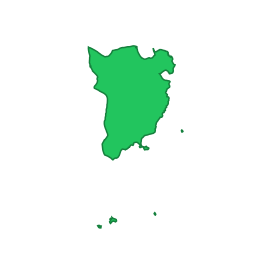 Ilemela, Mwanza, United Republic of Tanzania, rotated 153°
{"feature_id": "72390352B90588253427027", "entity_name": "Ilemela", "entity_type": "district", "adm_level": 2, "iso_a3": "TZA", "parent_name": "United Republic of Tanzania", "parent_adm1": "Mwanza", "projection": "natural_earth1", "projection_center": [32.955, -2.41], "detail": "fine", "context": "isolated", "style": "filled", "palette": "green", "viewbox_px": 256, "rotation_deg": 153, "n_neighbors": 0, "source": "geoboundaries", "source_scale": "gbopen_adm2", "svg_char_len": 5765}
<svg xmlns="http://www.w3.org/2000/svg" viewBox="0 0 256 256"><g transform="rotate(153 128 128)"><path d="M161.0,114.6L158.8,112.1L156.8,108.8L156.4,107.4L155.9,106.5L154.7,106.9L153.1,107.0L151.7,106.3L150.1,106.5L148.2,107.6L144.4,111.3L143.7,111.3L143.2,111.7L142.6,111.8L141.1,110.7L140.1,109.7L139.6,110.0L138.6,109.7L137.7,110.0L136.9,110.0L136.2,110.5L135.5,110.2L133.6,111.4L132.8,111.3L132.1,111.0L131.5,110.3L130.9,110.5L130.2,111.3L130.2,111.7L129.0,112.2L127.0,111.5L126.0,110.7L125.8,109.5L125.2,108.5L125.0,107.6L125.0,106.7L125.5,106.6L126.3,106.2L126.3,105.3L125.4,104.8L124.5,105.0L123.9,105.4L124.0,106.9L123.7,107.9L123.3,108.9L122.6,109.7L121.6,111.2L120.6,112.5L119.2,112.8L118.0,113.2L116.7,113.8L116.5,113.6L115.2,113.4L113.9,113.0L113.0,112.9L111.6,112.7L110.3,112.3L109.1,112.1L108.0,111.8L105.9,112.1L105.1,113.0L104.5,113.9L104.4,114.8L103.3,115.4L102.9,116.1L102.4,116.3L102.4,117.1L102.2,117.6L102.0,117.9L101.0,118.8L100.8,119.4L100.5,119.5L100.3,119.8L100.0,119.9L99.4,120.4L98.3,120.8L97.9,121.1L96.3,122.0L95.7,122.0L95.0,122.6L94.8,122.9L94.5,123.0L94.4,123.0L93.3,122.4L92.6,122.4L92.3,122.7L91.6,123.1L91.2,124.8L91.0,125.0L90.7,125.4L90.1,125.5L89.9,125.8L89.4,125.9L89.1,125.6L88.9,125.5L88.3,125.9L88.1,126.0L88.0,126.9L87.8,127.1L86.7,126.7L86.5,127.0L86.4,127.6L86.2,127.9L85.7,128.4L85.7,128.6L84.1,129.0L83.9,130.2L82.9,130.3L82.5,130.5L81.8,130.8L81.6,131.1L81.2,131.4L80.8,131.9L80.3,133.1L80.3,133.3L79.2,134.0L78.9,134.4L78.8,134.8L78.6,135.2L77.9,135.9L77.8,136.9L78.0,137.4L78.5,137.8L79.1,138.1L79.1,138.3L78.9,138.7L77.9,139.7L77.8,140.0L78.0,140.6L78.2,140.8L78.2,141.3L78.5,142.2L78.0,142.9L77.6,143.2L77.3,143.2L76.9,143.5L76.5,144.2L76.3,144.4L76.0,144.4L75.3,145.1L74.2,145.2L73.4,145.4L72.7,145.4L72.2,145.7L71.8,146.5L71.7,147.3L71.7,148.3L71.4,149.0L69.9,149.9L69.5,150.3L69.6,150.7L69.8,151.1L70.0,151.2L70.1,151.4L71.3,152.2L71.7,152.7L73.2,153.6L73.8,154.4L74.2,154.7L74.9,156.7L75.1,161.0L75.4,162.1L74.9,162.0L74.1,161.9L73.5,161.8L72.4,162.2L71.9,162.3L71.7,162.3L71.3,162.4L70.1,162.5L69.4,162.6L68.4,162.6L68.2,162.4L67.9,162.0L67.6,162.0L67.4,161.5L67.1,161.3L66.9,160.9L66.6,160.3L66.6,159.8L66.7,159.5L66.5,159.3L66.4,159.1L66.5,158.6L66.4,158.5L66.5,158.1L66.3,157.9L66.4,157.5L66.1,157.3L65.2,157.3L65.1,157.1L64.3,157.0L64.0,156.9L63.8,156.9L63.4,156.9L63.3,157.1L62.9,157.3L62.6,157.3L62.5,157.6L62.3,157.8L61.9,158.0L61.7,158.3L61.2,159.7L60.6,160.7L59.6,161.3L59.1,161.7L58.6,161.9L58.5,162.1L58.0,162.3L57.5,162.9L57.4,163.0L58.1,163.6L58.4,164.2L58.4,164.9L58.5,165.5L58.4,166.4L58.5,167.0L58.5,167.7L56.9,169.0L56.8,169.4L56.8,169.7L56.6,170.0L56.7,170.3L56.7,170.5L56.7,171.2L56.6,171.5L56.9,172.1L57.0,171.8L57.3,171.5L57.7,171.6L58.4,172.8L58.5,173.1L58.4,173.3L58.8,173.9L58.6,174.3L59.1,174.6L59.1,175.0L58.8,175.5L58.8,176.1L58.6,176.1L58.4,176.0L58.3,176.8L58.0,177.0L58.2,177.4L58.1,177.7L58.2,178.0L58.4,178.1L58.5,178.6L58.7,178.8L59.6,179.2L59.8,179.4L59.7,179.7L60.0,180.2L60.6,180.6L60.8,180.9L61.1,181.0L62.8,182.7L64.0,183.4L64.4,183.4L64.8,183.4L65.0,183.2L65.7,183.4L66.6,183.2L67.1,183.3L68.2,183.1L68.5,183.2L69.4,183.7L69.6,184.3L69.5,184.6L69.5,186.1L69.3,187.7L69.5,187.4L70.2,184.9L70.3,182.6L70.8,181.0L71.1,180.6L71.3,180.6L72.6,180.4L73.9,179.6L74.6,179.5L76.3,179.9L76.6,180.1L76.9,180.7L77.7,181.1L78.0,181.1L79.0,181.2L80.4,181.3L81.9,181.7L82.5,182.3L82.8,182.6L83.5,183.8L83.8,183.8L84.3,185.5L84.6,187.0L84.7,190.3L84.6,192.2L83.9,194.3L84.1,195.1L84.6,196.2L84.6,196.3L84.3,196.5L83.9,196.5L83.2,196.2L83.2,196.4L83.5,196.8L84.8,198.0L85.9,198.7L87.1,199.1L87.9,199.2L89.7,199.7L91.6,200.6L93.5,201.1L94.1,201.1L94.7,201.5L95.6,201.7L96.2,202.1L97.6,202.5L99.1,202.7L100.0,202.6L101.0,202.6L102.0,202.7L103.0,203.1L106.4,203.9L106.6,204.0L108.6,202.4L111.2,201.3L112.5,200.9L113.4,200.9L114.7,201.5L116.1,201.8L116.5,202.2L117.4,203.6L118.4,204.9L119.6,207.4L120.3,208.6L120.6,209.6L121.2,210.6L121.9,211.7L122.7,213.0L123.2,213.6L123.7,214.5L124.4,215.3L125.0,216.3L126.0,217.1L126.5,218.0L127.2,216.8L127.9,215.0L128.5,213.0L129.1,209.8L129.6,208.8L130.1,208.3L130.9,206.8L131.7,205.5L132.8,203.5L132.9,202.2L133.9,200.0L133.9,199.7L133.2,199.8L133.6,198.6L133.5,196.7L133.5,195.3L133.7,195.0L133.3,193.7L132.8,192.3L132.5,191.2L132.1,190.0L131.7,188.2L132.0,186.9L132.8,186.5L133.4,185.4L133.4,184.5L133.7,183.9L134.8,182.5L135.5,182.0L137.0,181.1L137.9,180.8L139.0,180.3L139.4,179.9L139.9,179.1L139.8,178.6L137.0,174.9L136.6,173.9L133.7,169.9L132.9,168.2L132.5,166.8L132.6,164.9L133.0,163.4L134.0,161.5L135.4,159.1L135.9,158.7L137.2,156.4L137.9,155.4L138.6,154.8L139.1,154.1L140.0,152.3L140.3,151.7L141.4,150.8L142.5,148.7L143.2,148.1L143.9,147.0L144.4,145.9L145.8,144.9L146.3,144.2L147.3,142.3L147.9,140.3L148.3,137.7L148.4,135.9L148.7,134.4L148.8,132.5L149.2,131.0L149.6,130.3L152.2,128.8L154.5,127.8L154.6,128.0L158.3,125.4L160.1,120.7L160.5,119.4L161.0,116.3L161.0,114.6ZM183.1,51.6L181.7,50.0L180.4,50.4L180.1,51.7L180.4,52.3L182.2,54.2L182.6,54.9L182.9,55.7L183.3,54.7L183.8,54.4L184.4,54.2L184.6,55.3L185.5,55.0L185.3,54.0L185.9,53.4L186.9,52.9L187.1,51.8L186.9,50.9L185.3,51.5L184.5,51.9L183.1,51.6ZM120.9,100.1L119.9,99.8L119.4,100.2L119.1,100.1L118.6,100.6L119.1,101.5L119.8,102.3L120.1,103.4L121.4,103.4L122.2,103.7L123.1,104.6L123.5,104.4L123.0,103.0L123.2,102.5L123.1,101.0L121.4,100.5L120.9,100.1ZM199.2,52.6L198.3,51.6L197.4,51.4L197.3,51.8L196.6,52.6L197.1,52.7L196.9,53.1L197.3,53.3L197.5,53.9L197.9,53.7L198.3,54.0L198.7,54.7L199.4,54.7L199.2,52.6ZM142.6,40.4L143.5,40.0L143.6,39.2L143.5,38.5L143.2,38.0L142.6,38.3L142.4,39.1L142.5,40.0L142.6,40.4ZM81.1,101.8L81.6,101.4L81.7,101.1L81.8,99.9L81.5,99.8L81.1,99.8L80.6,100.0L80.6,100.7L80.7,101.2L80.8,101.5L81.1,101.8Z" fill="#22c55e" stroke="#15803d" stroke-width="1.5"/></g></svg>